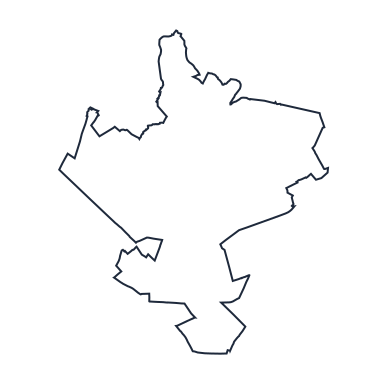 Nopalucan, Puebla, Mexico, rotated 184°
{"feature_id": "50627088B31186547643860", "entity_name": "Nopalucan", "entity_type": "district", "adm_level": 2, "iso_a3": "MEX", "parent_name": "Mexico", "parent_adm1": "Puebla", "projection": "mercator", "projection_center": [-97.825, 19.193], "detail": "fine", "context": "isolated", "style": "outline", "palette": "slate", "viewbox_px": 384, "rotation_deg": 184, "n_neighbors": 0, "source": "geoboundaries", "source_scale": "gbopen_adm2", "svg_char_len": 5971}
<svg xmlns="http://www.w3.org/2000/svg" viewBox="0 0 384 384"><g transform="rotate(184 192 192)"><path d="M256.9,129.5L258.0,128.8L258.3,127.8L258.8,125.4L259.3,123.2L259.3,122.9L259.6,120.5L259.7,120.2L260.3,118.0L262.5,113.2L257.0,107.8L260.5,104.5L263.5,101.4L263.8,101.2L256.9,97.0L255.5,96.3L254.5,95.7L253.6,95.3L249.4,93.5L249.1,93.4L248.6,93.3L245.6,92.2L243.9,91.3L238.7,87.7L236.2,86.3L235.9,86.3L235.2,86.8L231.2,87.2L227.6,87.6L227.2,84.0L227.0,80.0L226.8,79.8L219.9,79.9L213.1,80.1L210.2,80.0L208.8,80.0L208.7,80.1L200.4,80.2L194.7,80.1L191.7,80.2L184.4,70.8L180.2,67.0L180.6,67.0L180.7,66.8L187.9,62.9L197.5,57.5L198.5,57.3L194.2,52.6L193.6,52.2L193.3,52.1L191.6,50.0L190.0,48.5L188.3,46.5L186.9,44.3L185.9,42.4L183.2,38.3L181.1,34.9L180.6,33.9L180.1,33.2L178.3,33.1L175.1,32.3L168.1,32.0L162.0,32.2L152.5,32.7L146.2,33.3L145.4,36.7L143.4,36.4L143.0,36.6L142.9,36.3L141.0,41.7L140.0,43.7L139.8,44.8L139.5,45.7L137.1,49.2L135.7,51.0L135.0,51.6L134.5,52.9L132.0,56.6L129.4,61.4L129.8,61.8L142.1,72.6L155.2,83.7L147.2,84.5L145.6,84.8L143.7,85.6L139.7,88.3L137.6,89.5L133.7,99.6L131.5,106.2L130.1,109.5L129.1,112.5L129.0,112.9L129.2,113.0L129.6,112.7L130.0,112.7L130.8,112.2L131.2,112.1L131.8,111.7L132.2,111.6L133.5,110.8L133.9,110.8L135.1,110.3L136.1,109.7L136.3,109.8L136.5,109.8L136.6,109.7L136.7,109.4L137.6,109.3L138.0,109.0L139.3,108.4L145.1,106.1L145.2,106.4L149.8,120.1L155.5,136.5L158.1,138.0L159.0,139.8L160.1,141.8L155.0,146.4L142.4,157.2L134.4,160.6L102.9,174.5L97.0,177.2L94.5,178.6L92.8,180.0L91.5,181.3L89.9,183.4L89.0,184.7L89.7,184.5L90.4,184.5L90.8,184.6L91.4,185.1L90.9,185.8L90.1,186.2L89.9,187.1L90.2,187.5L90.4,188.4L90.7,189.0L90.8,189.5L92.1,193.5L91.2,195.5L96.7,198.0L96.8,199.3L97.0,200.4L98.2,202.5L90.9,206.8L87.4,208.8L87.6,209.2L88.0,209.3L88.3,209.6L87.8,209.8L87.1,210.6L86.4,211.3L85.8,211.4L85.3,211.6L83.8,212.2L79.6,214.5L79.1,214.1L78.0,214.9L75.9,217.1L74.6,218.4L69.2,212.9L63.9,214.9L58.1,220.8L58.0,225.5L61.0,224.2L61.8,224.2L62.3,224.9L63.9,227.5L67.8,233.3L70.4,237.6L71.7,239.3L72.3,240.7L73.0,241.7L74.9,244.2L74.5,244.6L72.8,246.9L66.1,265.2L64.5,265.8L66.5,270.6L68.6,275.1L69.4,277.1L70.2,279.6L109.4,285.6L109.5,285.4L110.3,286.1L113.2,285.6L114.1,286.0L115.0,287.5L115.9,286.3L126.1,288.1L140.4,288.8L140.7,288.3L143.0,289.1L144.0,289.7L144.5,289.7L147.5,289.7L149.1,289.4L149.6,289.2L151.2,287.7L154.1,285.6L154.5,285.3L155.8,284.9L157.6,283.9L158.3,283.2L158.9,282.4L159.3,282.1L159.5,282.0L159.8,282.0L160.0,283.5L158.5,286.2L157.7,287.8L156.6,289.5L155.7,292.1L154.6,293.3L154.4,293.9L153.5,295.1L151.4,298.4L150.9,300.6L150.9,302.1L151.0,302.9L152.5,305.4L152.6,305.5L154.3,306.1L155.6,306.9L158.9,307.2L161.2,307.3L162.4,305.6L163.9,304.3L164.8,303.0L165.8,302.2L167.1,302.3L167.9,301.2L169.1,301.2L170.1,303.1L171.0,304.2L172.5,305.7L173.4,306.2L173.9,306.6L174.2,307.1L174.3,308.0L175.1,308.3L176.6,310.0L177.9,310.8L178.9,310.9L180.4,311.6L182.1,311.6L183.8,311.9L184.1,312.0L184.2,311.7L184.6,311.0L185.3,309.6L186.9,305.3L187.6,304.0L188.3,302.4L188.8,301.0L190.1,301.6L191.1,302.9L192.7,304.4L194.2,305.2L198.7,307.0L196.0,308.1L194.7,309.1L192.6,309.5L192.7,309.8L193.3,310.9L194.9,313.1L196.2,314.4L197.5,315.5L198.4,316.9L199.5,318.4L201.5,319.9L203.6,321.1L204.9,322.4L205.8,323.4L206.6,325.2L207.1,326.7L207.4,328.2L207.8,330.8L207.8,333.8L207.6,334.9L208.4,336.1L209.2,337.2L209.6,338.0L209.9,338.8L210.0,340.5L210.2,342.3L213.8,346.1L214.3,346.5L213.8,348.2L213.7,348.9L214.0,349.1L216.2,349.5L217.0,349.7L217.3,350.0L217.9,351.5L219.1,352.0L220.9,349.4L221.1,349.1L221.5,347.5L222.9,347.8L223.1,346.9L223.3,346.6L224.2,346.1L226.2,345.5L230.7,345.3L231.4,345.1L232.5,344.4L234.1,342.8L235.0,341.6L235.0,337.9L234.9,336.4L233.8,334.2L232.8,331.8L232.8,331.4L232.7,330.9L232.7,330.0L232.9,327.9L233.0,327.2L233.7,325.6L234.1,324.4L234.3,322.4L234.4,319.9L230.9,303.1L230.5,302.1L228.9,300.3L228.6,299.6L228.4,297.9L228.1,296.8L228.6,295.8L229.0,294.6L229.3,294.0L229.8,293.6L230.3,293.6L230.5,292.2L231.8,290.0L230.8,288.9L230.4,289.1L230.8,286.2L231.5,286.1L231.5,285.5L231.6,284.6L232.8,282.9L232.1,282.8L233.9,279.6L233.1,278.9L232.6,279.2L232.2,275.3L222.4,265.5L223.2,264.2L224.4,261.6L225.5,258.9L226.7,259.1L228.8,258.8L229.0,257.8L230.7,257.4L230.8,257.2L231.2,257.3L232.3,257.3L232.3,257.1L232.9,257.1L234.2,257.0L234.5,256.8L234.8,256.9L236.0,256.8L236.6,256.0L237.1,255.7L237.5,255.6L238.5,255.5L240.6,255.1L240.7,254.9L240.4,253.7L240.2,253.2L240.2,252.7L240.3,252.5L240.3,252.4L241.2,251.5L242.2,251.3L242.4,250.9L242.3,250.7L242.1,250.6L242.6,250.1L243.0,250.1L244.2,249.0L244.5,248.9L245.0,248.2L244.7,247.3L244.8,246.8L245.9,246.2L246.7,244.5L246.9,243.1L247.8,242.2L248.2,241.2L248.9,242.2L251.6,243.3L256.3,245.4L260.7,249.1L261.4,249.5L262.5,249.0L263.2,249.0L264.5,249.4L265.1,249.5L266.1,249.2L266.4,249.2L267.0,249.0L267.2,248.8L268.2,247.7L273.6,251.7L275.0,250.4L288.2,241.1L290.5,243.7L297.2,251.4L295.1,254.7L294.9,254.8L293.6,257.0L292.9,258.5L291.3,261.8L290.7,261.7L290.4,262.0L292.2,264.9L292.3,264.9L291.2,266.3L296.8,268.0L297.8,267.1L298.2,267.3L297.0,268.4L299.3,269.3L300.3,268.2L300.7,267.6L300.9,267.5L300.8,265.9L302.0,264.5L302.1,263.7L302.0,263.0L301.8,262.8L301.9,262.2L302.4,260.5L301.5,260.2L302.0,258.0L302.1,257.2L303.1,252.5L305.2,245.2L306.0,242.3L307.3,234.6L311.4,217.4L318.7,221.6L323.2,211.8L326.0,205.0L321.4,201.1L296.5,180.5L293.0,177.6L266.2,155.6L265.1,154.9L261.7,152.3L260.2,151.4L255.8,147.4L251.5,143.7L251.0,142.9L246.1,139.0L244.4,137.5L243.9,138.2L242.8,138.8L241.5,139.3L240.8,139.6L233.8,143.4L232.1,143.4L228.8,143.0L227.2,142.8L223.6,142.5L218.4,142.1L218.7,140.7L218.9,140.3L219.3,138.8L219.6,137.6L219.8,137.3L220.0,136.1L220.1,135.9L220.1,135.5L220.7,133.4L224.4,121.0L226.9,123.0L231.4,126.8L233.2,123.6L234.5,124.4L237.7,126.0L243.5,133.6L244.3,132.8L244.9,132.0L245.6,131.1L246.3,130.3L247.4,130.1L248.3,129.1L251.9,125.8L254.8,128.5L255.3,128.0L256.9,129.5Z" fill="none" stroke="#1e293b" stroke-width="2"/></g></svg>